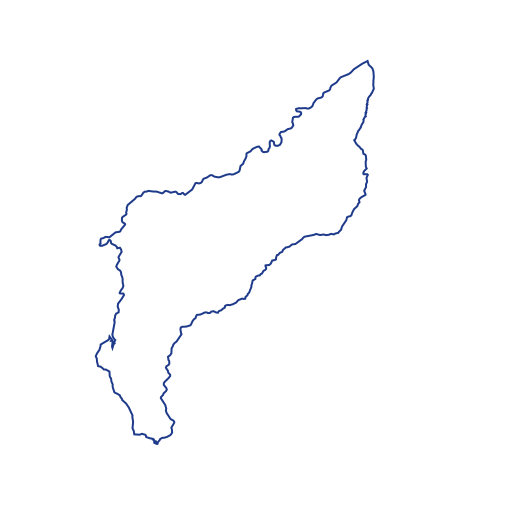 outline of Marisel, Cluj, Romania, rotated 330°
{"feature_id": "2599482B88504736403182", "entity_name": "Marisel", "entity_type": "district", "adm_level": 2, "iso_a3": "ROU", "parent_name": "Romania", "parent_adm1": "Cluj", "projection": "robinson", "projection_center": [23.156, 46.66], "detail": "fine", "context": "isolated", "style": "outline", "palette": "blue", "viewbox_px": 512, "rotation_deg": 330, "n_neighbors": 0, "source": "geoboundaries", "source_scale": "gbopen_adm2", "svg_char_len": 6086}
<svg xmlns="http://www.w3.org/2000/svg" viewBox="0 0 512 512"><g transform="rotate(330 256 256)"><path d="M395.6,235.6L395.8,233.5L398.1,229.2L399.7,227.6L401.3,224.0L401.3,222.9L400.1,221.0L401.2,218.5L401.4,217.1L400.5,215.7L400.2,213.2L399.3,210.8L398.9,208.4L399.0,204.8L399.8,204.8L401.7,203.7L403.9,201.2L407.5,198.5L408.3,198.5L410.2,197.3L411.0,197.2L411.6,196.4L413.4,195.0L415.7,193.9L417.3,192.0L417.2,191.6L418.1,191.0L420.4,189.7L420.9,189.9L421.3,188.6L422.5,187.5L422.4,186.9L423.3,186.8L423.7,185.7L424.6,185.1L425.7,183.4L426.1,183.4L426.2,182.5L427.5,181.0L427.6,180.4L428.2,180.3L428.0,179.8L429.3,178.9L430.0,177.5L430.4,177.3L430.4,176.9L431.0,176.8L431.7,175.7L433.3,174.7L436.0,173.8L436.8,173.1L438.0,172.7L441.7,170.0L443.4,165.8L444.1,165.1L445.1,163.2L447.5,159.9L450.0,154.8L450.6,151.5L449.2,146.7L450.1,142.9L444.0,142.6L434.1,143.2L430.0,144.5L427.3,144.8L419.0,143.6L417.7,143.8L412.4,146.0L406.5,146.2L404.4,147.6L403.6,148.6L402.1,149.2L396.8,148.5L395.7,148.7L393.6,151.1L392.8,151.3L391.6,151.4L388.3,150.4L386.7,150.5L382.5,152.2L379.6,154.5L377.8,154.8L375.5,154.7L374.0,153.9L372.8,152.6L368.0,150.2L367.3,149.5L364.3,148.7L363.6,149.8L363.8,151.2L365.8,152.7L366.7,153.8L366.6,154.7L365.8,155.9L362.6,156.7L358.6,154.6L357.2,154.7L354.3,158.2L354.3,159.3L353.6,161.6L351.1,162.8L349.9,162.9L346.9,162.0L343.0,162.4L339.6,161.1L337.9,161.8L336.9,162.7L337.1,164.5L336.8,166.0L337.0,166.7L336.5,167.9L334.8,170.3L332.2,171.7L329.8,171.4L327.8,170.0L327.5,168.6L328.5,166.1L327.1,163.6L326.1,163.5L324.8,164.2L322.7,168.2L321.5,169.3L320.3,169.7L319.2,171.1L318.0,171.4L314.9,170.1L314.1,169.4L313.5,167.4L314.1,166.7L314.1,165.8L313.5,164.0L313.4,162.7L311.3,161.9L307.2,161.6L305.7,161.8L303.7,162.6L299.3,162.4L298.6,163.0L297.7,164.7L296.0,166.2L292.8,168.1L291.0,169.7L287.6,170.3L284.4,173.9L282.9,174.5L277.2,174.0L275.7,173.3L274.3,172.0L271.0,170.8L264.1,169.7L262.5,168.9L259.6,166.4L258.4,164.1L256.8,163.2L252.7,163.5L249.2,162.9L248.1,163.4L246.2,164.8L244.5,165.1L242.8,164.6L241.1,163.0L240.0,162.7L233.9,166.5L225.2,167.6L224.8,167.1L224.3,164.9L223.2,164.5L221.6,164.7L219.6,163.4L219.0,160.8L218.3,159.9L213.7,158.5L212.3,156.3L210.3,154.5L209.3,154.3L207.4,154.9L206.0,154.8L202.1,150.5L199.4,148.9L195.2,145.7L193.6,145.6L191.9,144.7L190.2,144.8L186.7,146.5L186.0,146.5L184.3,145.5L182.2,145.0L179.7,146.0L170.4,147.7L168.0,149.7L167.4,151.3L165.2,153.5L164.9,154.8L164.1,155.2L159.9,155.5L159.0,156.0L157.5,158.4L157.3,159.3L157.5,160.5L158.4,161.9L158.6,162.8L158.4,163.3L152.4,165.6L150.7,166.8L149.7,166.7L146.2,165.3L138.3,166.5L136.1,164.7L135.1,164.2L132.8,164.2L130.6,163.5L129.8,163.9L128.0,166.4L127.7,167.4L126.3,167.8L126.0,168.6L126.2,169.3L128.1,170.3L132.4,170.8L134.0,170.3L136.6,168.7L137.3,168.9L137.7,170.4L137.0,172.2L137.1,173.2L139.5,176.6L140.0,178.6L139.7,179.9L142.3,180.8L142.4,183.1L141.7,185.2L136.5,188.1L136.1,188.8L136.0,190.7L135.5,191.6L131.2,194.0L129.7,195.3L129.8,198.3L130.9,200.5L131.1,201.5L130.8,203.0L129.9,205.0L129.7,206.9L129.1,209.0L127.3,212.2L126.5,214.8L125.9,215.9L124.2,217.2L121.9,218.1L119.4,219.8L119.6,220.5L122.4,222.3L122.2,223.8L117.8,226.2L112.7,228.3L110.9,230.7L110.3,234.0L108.8,236.1L106.0,236.0L104.1,237.3L103.1,238.9L101.3,240.3L100.8,241.3L101.0,241.8L99.9,243.4L92.2,252.4L91.6,254.9L91.7,257.4L92.1,258.4L90.9,259.2L89.8,260.4L89.8,261.0L88.8,261.0L85.7,263.9L86.0,262.5L89.2,258.2L89.3,257.5L88.1,257.0L89.3,256.1L88.9,252.5L87.4,254.3L86.2,254.9L77.2,255.0L76.4,256.2L73.6,258.9L69.5,260.9L67.1,262.7L66.8,265.3L65.5,268.0L64.2,272.4L66.2,274.3L67.1,276.6L67.4,278.1L69.3,279.4L71.3,282.8L69.3,286.8L69.1,287.9L69.2,289.7L68.0,292.5L67.7,295.5L66.6,297.3L66.0,299.4L65.2,303.4L67.4,306.6L68.4,308.6L68.1,310.6L68.5,312.4L68.1,313.8L69.7,318.7L70.1,323.5L69.3,332.4L68.3,333.8L66.7,338.1L62.9,343.5L62.7,346.2L61.4,349.6L65.9,352.6L68.4,353.0L70.7,355.5L70.9,356.3L70.4,357.9L73.3,361.1L75.0,362.5L74.8,363.2L75.7,363.5L75.7,364.4L75.1,365.6L76.6,366.3L76.7,367.1L76.1,367.9L74.6,366.8L74.5,367.0L76.3,369.4L76.9,369.4L77.9,368.2L80.5,367.3L81.5,366.6L83.9,366.6L85.6,367.5L88.5,368.2L92.3,368.3L95.0,367.1L96.4,364.3L96.9,362.3L101.7,359.6L102.2,359.0L102.2,357.3L100.5,354.5L100.1,347.4L100.6,344.9L102.0,343.2L102.9,339.7L102.5,331.5L103.2,330.7L106.1,329.8L107.2,328.8L110.5,328.0L111.9,327.2L112.3,325.6L111.7,321.5L112.6,320.0L114.0,319.3L119.3,318.0L121.7,317.0L122.3,315.8L121.7,313.3L122.4,310.9L122.2,310.3L122.1,307.7L123.3,306.7L125.8,306.6L127.2,305.8L128.3,303.5L128.2,302.2L129.5,299.2L132.0,299.0L134.1,297.9L136.7,293.8L138.8,292.6L139.8,291.6L141.8,290.7L144.3,290.4L152.4,286.5L152.5,285.4L153.9,281.7L155.1,280.3L156.7,280.4L160.4,282.3L164.3,283.2L165.4,282.9L168.4,280.7L170.5,279.8L172.6,279.5L174.7,277.7L175.5,277.5L178.3,278.8L181.2,279.2L182.4,279.1L184.2,279.6L185.4,280.6L185.9,281.5L187.8,282.3L189.4,281.8L191.8,282.7L192.9,284.6L194.6,286.1L196.2,285.2L199.0,285.6L200.8,285.1L203.2,285.1L204.0,283.9L205.0,283.7L207.0,284.2L208.8,285.5L211.9,286.2L215.3,286.4L218.7,285.4L222.7,286.0L224.0,287.1L225.3,287.6L226.5,286.2L228.9,285.8L230.0,284.7L231.6,284.4L236.6,280.4L237.4,279.0L238.5,278.2L240.9,275.5L243.9,275.6L245.0,274.1L245.7,273.8L248.0,274.0L249.7,274.7L251.0,274.0L252.3,274.2L255.1,272.6L257.0,272.7L258.1,272.3L258.8,271.6L259.1,269.6L259.6,268.9L263.0,270.4L265.0,270.0L267.8,268.0L270.3,268.9L271.6,268.9L272.8,267.2L274.6,265.7L275.7,266.1L278.3,265.2L280.8,265.5L282.3,264.3L286.2,263.5L287.5,264.1L289.8,264.6L292.8,264.0L296.2,265.3L303.9,264.5L306.8,263.6L308.1,263.7L316.8,266.7L319.0,266.9L322.0,269.9L325.3,271.2L327.2,273.0L329.8,274.1L332.0,274.3L334.3,276.3L335.8,276.2L338.9,277.1L340.2,276.4L342.6,275.9L345.4,273.4L352.2,270.1L354.1,268.0L356.1,268.1L357.5,268.7L358.8,268.5L361.3,266.4L364.4,264.4L368.6,263.5L370.5,261.9L372.5,261.2L373.1,259.1L374.3,258.2L376.3,257.8L381.4,257.8L381.8,257.0L382.3,253.6L385.8,251.3L387.2,248.8L389.3,247.3L390.8,243.5L393.4,241.7L393.1,240.7L390.1,239.0L390.2,238.3L390.7,237.4L392.6,236.3L395.6,235.6Z" fill="none" stroke="#1e3a8a" stroke-width="2"/></g></svg>